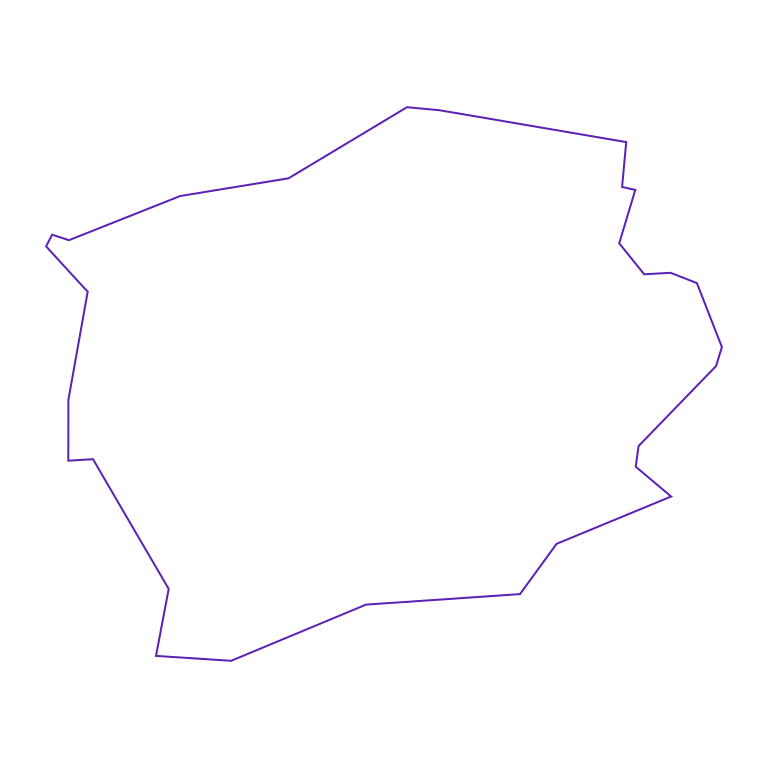 the district of Ayod, Jonglei, South Sudan
{"feature_id": "79223893B14285446390064", "entity_name": "Ayod", "entity_type": "district", "adm_level": 2, "iso_a3": "SSD", "parent_name": "South Sudan", "parent_adm1": "Jonglei", "projection": "orthographic", "projection_center": [30.968, 8.272], "detail": "fine", "context": "isolated", "style": "outline", "palette": "violet", "viewbox_px": 768, "rotation_deg": 0, "n_neighbors": 0, "source": "geoboundaries", "source_scale": "gbopen_adm2", "svg_char_len": 515}
<svg xmlns="http://www.w3.org/2000/svg" viewBox="0 0 768 768"><path d="M156.0,655.9L231.1,660.8L366.0,604.6L520.0,594.1L556.6,543.8L671.1,496.5L635.7,466.7L638.6,446.0L716.1,366.0L721.9,347.1L696.9,283.1L670.5,272.8L644.2,274.3L619.2,243.3L635.3,189.9L622.1,187.0L626.2,142.1L439.2,110.2L407.0,107.2L288.5,178.3L180.2,196.0L68.9,240.2L52.1,234.7L46.1,246.4L80.0,283.4L87.7,291.7L68.4,399.8L68.3,460.7L93.0,459.2L131.1,524.6L168.7,588.9L159.4,638.0L156.0,655.9Z" fill="none" stroke="#5b21b6" stroke-width="2"/></svg>